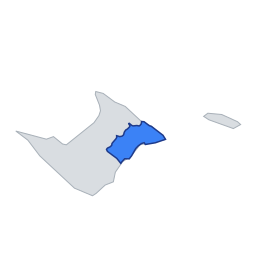 location of Sangre Grande within Trinidad and Tobago, rotated 45°
{"feature_id": "TTO-54", "entity_name": "Sangre Grande", "entity_type": "Region", "adm_level": 1, "iso_a3": "TTO", "parent_name": "Trinidad and Tobago", "parent_adm1": "", "projection": "natural_earth1", "projection_center": [-61.154, 10.651], "detail": "fine", "context": "in_parent", "style": "filled", "palette": "blue", "viewbox_px": 256, "rotation_deg": 45, "n_neighbors": 0, "source": "natural_earth", "source_scale": "10m", "svg_char_len": 1364}
<svg xmlns="http://www.w3.org/2000/svg" viewBox="0 0 256 256"><g transform="rotate(45 128 128)"><path d="M150.8,201.0L132.7,208.4L85.4,210.1L65.8,207.4L50.8,209.5L78.2,193.6L81.4,186.8L93.0,185.6L96.3,183.5L100.2,148.3L98.7,139.9L96.4,135.3L91.7,132.0L81.1,127.4L79.4,125.0L86.0,121.1L100.2,119.0L110.8,114.7L132.8,113.9L143.4,110.2L161.4,109.1L152.5,125.3L148.4,131.3L150.0,145.8L148.0,155.7L150.3,168.2L155.7,176.4L152.2,184.5L151.7,196.7L150.8,201.0ZM179.4,65.0L173.3,66.3L174.0,61.1L184.7,52.2L201.0,46.1L205.2,45.9L202.9,53.9L179.4,65.0Z" fill="#d9dde1" stroke="#a8b0b8" stroke-width="1"/><path d="M133.0,113.8L134.9,112.2L141.4,111.3L143.4,110.3L157.9,108.4L162.5,109.5L157.8,119.1L151.9,127.4L149.8,127.0L148.5,129.5L147.9,133.4L148.0,137.1L150.2,145.1L150.7,148.9L147.4,152.1L147.5,155.8L147.9,158.1L141.5,157.4L130.1,159.1L128.0,158.4L127.8,157.8L127.7,156.7L128.7,153.8L128.7,151.7L127.8,150.6L127.5,149.6L127.1,144.1L126.7,142.7L125.4,141.5L128.3,139.9L128.8,139.1L129.5,138.1L129.7,137.1L129.7,136.2L129.4,135.4L128.6,134.1L128.2,133.2L127.8,131.1L128.3,129.1L128.3,126.8L128.2,125.7L127.6,125.1L127.1,124.8L126.4,124.8L125.9,124.6L125.4,124.3L125.6,123.8L128.8,123.5L129.8,123.1L130.4,122.6L132.3,120.2L133.0,119.6L133.9,119.1L134.6,118.3L134.6,117.2L134.5,116.0L133.4,114.2L133.0,113.8Z" fill="#3b82f6" stroke="#1e3a8a" stroke-width="1.5"/></g></svg>